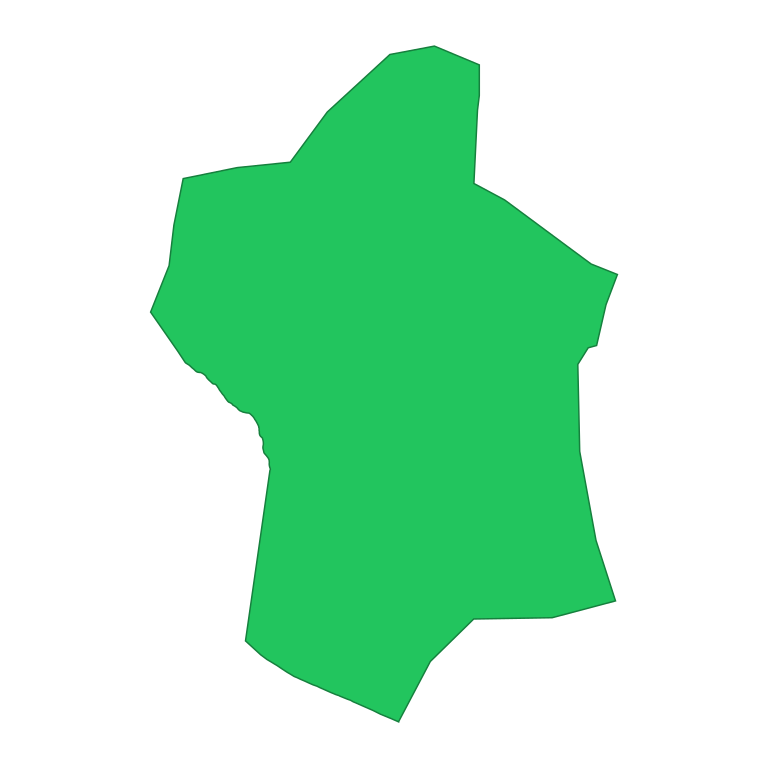 the district of Sergelen, Dornod, Mongolia
{"feature_id": "93677404B97981433567670", "entity_name": "Sergelen", "entity_type": "district", "adm_level": 2, "iso_a3": "MNG", "parent_name": "Mongolia", "parent_adm1": "Dornod", "projection": "albers", "projection_center": [113.887, 48.634], "detail": "fine", "context": "isolated", "style": "filled", "palette": "green", "viewbox_px": 768, "rotation_deg": 0, "n_neighbors": 0, "source": "geoboundaries", "source_scale": "gbopen_adm2", "svg_char_len": 2300}
<svg xmlns="http://www.w3.org/2000/svg" viewBox="0 0 768 768"><path d="M169.1,265.6L150.6,312.1L177.5,350.8L185.1,362.3L185.6,362.9L187.0,363.8L188.0,364.4L189.1,365.1L190.5,366.3L191.6,367.4L192.4,368.1L193.2,368.7L194.0,369.4L194.7,370.1L195.6,371.0L196.7,371.8L197.8,372.2L199.0,372.4L200.6,372.5L201.4,372.8L202.7,373.5L203.9,374.3L205.0,375.2L205.9,376.0L206.3,376.9L206.9,377.9L207.9,379.0L208.6,379.8L209.7,380.8L210.6,381.6L211.9,382.9L212.8,383.7L213.7,384.0L214.8,384.1L215.6,384.4L216.3,385.1L217.1,386.1L217.8,387.2L218.5,388.2L219.1,389.3L219.6,390.2L220.4,391.2L221.2,392.3L222.4,394.0L223.8,395.6L224.4,396.4L225.0,397.5L225.9,398.8L226.8,400.0L227.5,400.9L228.0,401.5L229.0,402.3L230.2,402.7L231.3,403.4L232.2,404.1L232.8,405.0L233.5,405.4L234.6,406.0L235.6,406.7L236.7,407.5L237.4,408.2L237.8,408.8L238.7,409.7L239.5,410.5L240.5,411.0L241.5,411.4L242.7,412.0L243.9,412.3L244.9,412.5L245.7,412.7L246.8,412.9L247.6,413.0L248.4,413.0L249.6,413.4L250.3,414.0L251.1,414.7L252.0,415.6L252.6,416.1L253.4,417.1L254.2,418.2L254.7,419.2L256.0,421.1L257.1,423.1L258.3,425.5L258.8,426.9L258.8,427.5L259.1,428.3L259.1,429.2L259.1,430.4L259.4,432.0L259.3,432.8L259.4,433.7L259.7,434.9L260.1,435.7L260.8,436.6L261.8,437.4L262.3,437.9L262.9,439.8L263.3,441.8L263.4,444.2L263.1,445.8L262.9,447.1L263.0,448.7L263.3,449.7L263.6,451.0L263.9,452.4L264.3,453.3L265.2,454.3L265.9,455.1L266.5,455.8L267.1,456.6L268.0,457.7L268.5,458.7L269.0,459.7L269.2,460.7L269.3,462.5L269.2,464.1L269.4,465.9L269.7,467.1L270.4,469.1L269.9,470.7L245.5,640.9L260.8,654.9L267.0,659.5L270.9,661.8L274.3,663.9L276.7,665.3L282.6,669.3L287.2,672.3L290.3,674.1L294.2,676.5L297.2,677.7L300.5,679.3L304.3,680.9L309.1,683.1L313.2,684.9L317.0,686.2L319.8,687.6L329.9,692.1L331.5,692.8L332.8,693.3L336.1,694.7L339.0,695.6L339.8,696.1L340.8,696.5L347.2,699.1L350.6,700.3L353.0,701.7L364.9,706.9L373.1,710.5L377.3,712.6L380.7,714.3L391.4,718.7L398.7,721.9L398.9,721.1L430.3,661.5L473.7,619.0L552.2,617.7L615.5,600.9L596.0,540.4L579.7,451.4L577.8,364.4L588.2,347.8L596.6,345.5L606.0,304.7L617.4,274.5L591.1,264.0L567.3,246.4L504.7,200.0L473.9,183.5L477.5,110.1L479.3,95.5L479.3,64.9L434.4,46.1L389.9,54.5L327.3,112.0L290.3,162.2L237.2,167.6L183.2,178.6L173.9,225.1L169.1,265.6Z" fill="#22c55e" stroke="#15803d" stroke-width="1.5"/></svg>